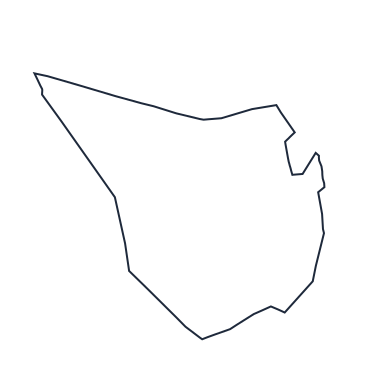 Santa María Nduayaco, Oaxaca, Mexico, rotated 169°
{"feature_id": "50627088B11390795359307", "entity_name": "Santa María Nduayaco", "entity_type": "district", "adm_level": 2, "iso_a3": "MEX", "parent_name": "Mexico", "parent_adm1": "Oaxaca", "projection": "robinson", "projection_center": [-97.514, 17.403], "detail": "fine", "context": "isolated", "style": "outline", "palette": "slate", "viewbox_px": 384, "rotation_deg": 169, "n_neighbors": 0, "source": "geoboundaries", "source_scale": "gbopen_adm2", "svg_char_len": 1137}
<svg xmlns="http://www.w3.org/2000/svg" viewBox="0 0 384 384"><g transform="rotate(169 192 192)"><path d="M324.0,338.5L322.3,332.1L320.6,325.4L319.5,321.8L319.5,320.7L320.5,316.7L320.6,316.2L306.9,286.7L282.2,231.7L268.7,201.6L267.5,154.3L268.8,126.5L255.4,107.2L248.3,96.8L231.4,72.0L224.1,61.0L212.1,47.6L210.1,45.5L204.6,46.5L197.0,47.7L180.8,50.1L173.4,53.1L166.2,55.9L154.6,60.4L152.3,60.9L146.6,62.2L136.4,64.6L130.0,60.3L127.6,58.6L124.0,56.0L90.5,81.3L90.3,81.8L84.5,95.9L70.3,126.4L70.5,130.7L68.5,145.6L68.3,160.5L68.2,167.7L61.1,171.5L60.6,175.4L61.1,180.2L60.8,183.8L60.2,187.5L60.0,192.5L61.2,198.6L60.9,201.5L60.5,203.4L63.1,206.8L80.0,188.6L88.9,189.6L90.2,189.7L90.6,194.1L90.7,196.2L90.9,198.5L91.0,199.0L91.1,201.1L91.3,203.3L91.3,203.8L91.3,205.1L91.3,207.4L91.1,221.2L91.0,223.6L90.6,223.9L88.3,225.4L87.0,226.2L85.6,227.2L84.2,228.1L82.5,229.2L79.8,230.9L89.6,253.1L92.6,261.2L117.3,261.9L149.1,258.8L163.2,260.4L164.4,260.5L165.0,260.6L165.3,260.6L166.9,260.8L170.3,262.1L192.4,272.2L213.3,283.5L224.8,288.8L248.8,300.7L280.8,317.4L311.6,333.2L324.0,338.5Z" fill="none" stroke="#1e293b" stroke-width="2"/></g></svg>